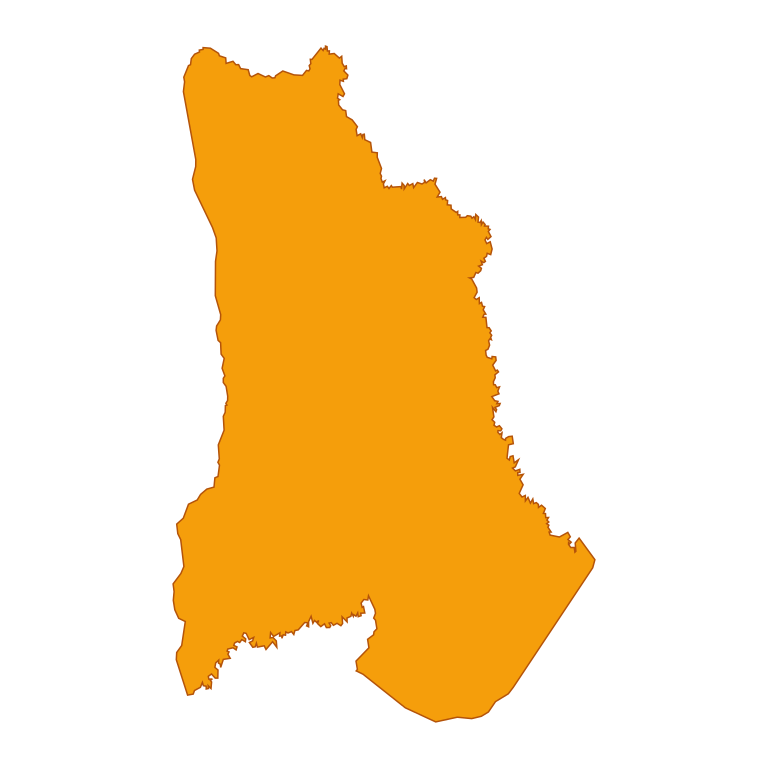 the district of Prathai, Nakhon Ratchasima, Thailand
{"feature_id": "78962969B10005729924667", "entity_name": "Prathai", "entity_type": "district", "adm_level": 2, "iso_a3": "THA", "parent_name": "Thailand", "parent_adm1": "Nakhon Ratchasima", "projection": "equal_earth", "projection_center": [102.699, 15.58], "detail": "fine", "context": "isolated", "style": "filled", "palette": "amber", "viewbox_px": 768, "rotation_deg": 0, "n_neighbors": 0, "source": "geoboundaries", "source_scale": "gbopen_adm2", "svg_char_len": 6064}
<svg xmlns="http://www.w3.org/2000/svg" viewBox="0 0 768 768"><path d="M485.4,261.4L483.9,258.2L486.5,256.4L487.2,253.3L490.7,254.6L492.1,249.0L490.2,241.8L486.7,243.6L485.0,239.9L486.4,237.4L487.8,239.4L491.0,236.6L488.3,231.5L490.0,229.4L488.2,228.8L488.5,226.2L484.5,226.0L485.1,224.5L483.0,222.0L481.4,224.7L481.2,220.6L480.0,222.5L478.0,222.1L478.5,217.1L475.8,214.5L475.4,219.6L473.9,216.7L472.0,218.2L470.8,216.2L467.3,215.7L465.7,217.3L459.8,217.5L459.9,214.9L457.7,214.8L457.7,211.4L456.2,212.4L451.2,208.9L451.0,205.2L447.3,204.8L447.6,200.5L445.6,199.8L445.4,197.6L442.5,199.3L441.4,196.6L437.2,197.0L440.0,192.2L435.0,184.2L436.6,178.4L434.5,178.2L433.3,181.1L430.3,179.7L426.1,182.9L424.1,179.6L424.7,182.3L422.0,184.0L417.4,182.5L413.6,187.6L412.8,183.6L409.3,185.5L407.7,183.5L404.2,188.9L404.2,185.5L402.1,183.1L401.5,189.1L400.9,186.6L392.3,187.2L391.3,185.6L389.0,188.5L387.3,186.3L384.2,187.8L383.4,183.9L385.0,180.8L382.3,182.1L381.0,178.5L381.5,176.2L380.2,173.5L381.5,168.5L377.2,157.2L377.3,152.8L371.9,152.1L370.6,142.5L364.8,139.7L364.3,134.2L362.9,134.5L362.3,137.6L360.7,133.8L357.1,135.7L356.1,129.4L357.4,126.7L352.2,119.9L346.5,116.6L345.7,110.6L342.5,109.8L338.7,105.0L338.4,100.3L339.7,99.7L337.5,98.2L338.2,93.8L343.0,96.5L344.5,93.8L339.8,84.6L340.0,80.2L343.4,81.3L343.2,79.2L346.8,78.7L347.9,75.1L343.8,70.9L345.2,68.3L346.5,68.7L346.3,65.9L344.2,66.6L342.2,63.2L341.7,56.3L339.4,58.1L334.2,53.5L329.2,54.1L329.4,50.9L327.4,51.0L327.0,46.6L325.5,46.1L325.5,49.1L324.1,48.3L323.1,50.5L321.0,48.1L312.0,59.4L310.3,59.3L310.8,63.7L309.2,65.6L310.0,68.8L308.8,70.9L306.5,70.4L302.5,75.4L294.0,74.9L282.8,71.0L275.6,75.8L274.9,77.8L272.2,78.0L268.8,75.6L265.4,77.0L258.0,73.5L251.7,76.8L249.8,75.5L248.2,69.7L240.6,68.6L238.6,64.6L235.8,64.7L233.0,61.3L226.1,63.4L225.7,57.9L219.4,55.8L218.5,53.3L210.4,48.2L203.1,47.6L203.1,49.4L199.3,50.1L199.5,52.0L194.6,54.2L191.3,58.6L190.5,64.7L188.5,65.6L183.8,77.2L184.6,81.8L183.4,91.6L195.8,159.6L195.7,166.6L192.5,179.3L194.6,190.2L212.5,227.5L216.2,237.9L217.0,250.9L215.5,261.4L215.3,295.7L220.7,314.6L220.4,319.9L216.6,326.0L216.1,330.4L218.1,340.4L220.6,342.7L221.1,354.1L224.2,358.4L222.1,368.3L224.9,375.9L223.3,378.3L223.3,382.5L226.1,386.4L227.7,396.2L227.6,400.5L225.9,403.3L226.9,405.1L225.4,405.6L225.2,412.3L223.3,416.3L224.1,430.2L218.3,444.9L219.3,458.9L217.9,462.3L219.5,465.1L218.0,476.5L214.9,477.8L214.0,487.1L206.8,489.1L200.6,494.4L197.2,500.0L188.5,504.2L183.3,518.2L176.7,524.1L177.8,533.7L180.7,539.6L183.9,566.5L180.9,573.5L173.1,583.9L174.1,591.6L173.3,600.3L174.8,609.8L178.7,618.3L185.3,621.5L181.7,645.5L176.7,652.5L176.3,659.7L187.6,695.1L193.2,694.1L194.5,690.5L200.4,687.3L202.4,682.4L203.4,685.7L206.2,686.2L206.2,689.0L208.5,688.5L208.2,685.6L211.0,688.5L211.6,682.0L210.3,680.2L212.4,679.0L208.8,679.1L208.3,676.3L211.5,674.0L215.2,678.1L217.8,678.1L218.0,670.0L214.9,667.4L215.7,662.9L218.7,660.1L218.5,663.1L220.3,664.2L220.7,667.4L223.3,659.4L230.2,658.3L227.9,654.2L229.0,651.9L227.1,651.1L227.8,649.0L233.1,647.8L236.1,649.9L237.0,646.9L233.8,645.4L234.6,643.0L237.5,641.4L239.7,642.5L241.8,639.6L245.4,641.7L245.7,638.9L242.3,636.1L243.8,632.8L246.2,633.4L249.2,639.6L253.7,637.4L252.6,640.9L249.4,642.5L252.8,647.3L255.2,646.8L256.4,643.2L257.4,647.1L264.2,645.8L266.0,649.5L272.6,641.7L276.8,647.3L276.3,640.9L273.0,637.5L270.1,637.9L270.6,632.5L273.7,636.4L279.9,632.8L279.6,636.1L281.9,635.9L281.9,638.3L283.2,634.8L285.5,635.2L285.8,631.9L288.0,633.0L291.5,631.6L293.8,634.5L294.9,630.5L298.2,629.9L304.7,622.5L308.0,622.8L306.6,625.9L308.6,626.8L308.6,621.6L311.1,616.3L312.9,623.3L314.5,620.5L316.6,622.3L318.7,620.5L317.5,623.5L320.8,626.6L324.5,623.8L326.4,627.6L329.7,627.5L330.7,625.8L329.1,623.1L331.2,622.6L333.4,625.3L337.0,623.3L340.9,625.7L342.6,623.5L342.1,616.8L347.1,621.9L347.0,618.0L350.9,616.3L351.7,613.1L353.3,616.3L353.7,614.7L356.0,616.2L357.7,612.9L358.2,616.7L361.1,615.7L360.7,613.2L364.8,613.0L363.5,606.6L362.2,607.4L361.1,603.1L363.8,599.5L367.8,600.0L368.5,595.8L374.8,609.2L375.5,613.3L373.7,618.1L375.5,620.2L376.9,628.8L374.0,631.8L373.6,634.8L367.6,639.3L368.9,647.8L356.0,661.1L357.4,669.4L356.2,670.9L363.0,674.2L405.3,707.8L435.7,721.9L457.3,717.2L471.7,718.6L481.3,716.3L488.4,712.0L495.5,701.6L508.3,693.8L513.2,687.4L592.7,567.8L594.9,559.7L579.1,538.1L575.2,543.0L575.9,551.3L574.9,552.2L574.2,547.5L570.7,547.5L568.5,544.3L568.6,542.6L569.8,543.7L571.2,542.2L567.9,539.5L570.3,536.8L567.8,532.4L559.4,537.0L550.1,535.1L549.1,532.1L551.1,532.0L547.9,527.2L548.9,525.2L546.6,523.7L548.8,522.0L546.9,520.1L548.5,517.5L545.7,517.6L545.5,513.6L543.4,513.4L545.3,508.5L541.5,505.2L538.5,507.4L538.4,504.4L536.3,502.6L533.6,503.6L532.8,499.0L530.4,503.1L528.0,497.4L525.4,500.9L525.3,495.5L522.0,497.0L519.2,493.4L523.1,484.8L519.9,479.2L523.2,474.3L517.8,475.4L517.7,472.5L520.0,472.4L519.8,469.3L515.4,470.9L512.5,468.1L515.3,466.9L518.5,459.7L514.2,462.8L513.0,455.8L510.2,456.6L509.3,460.0L507.0,458.2L508.5,444.8L513.3,443.7L512.2,436.2L508.6,436.6L505.6,438.4L505.5,440.2L503.4,439.3L501.3,437.6L502.0,432.8L499.9,434.5L497.8,432.3L498.0,430.6L500.8,430.8L501.9,428.8L499.4,425.7L496.6,427.0L494.0,425.3L494.7,422.3L492.0,419.7L493.9,416.9L492.5,407.4L495.9,411.7L496.6,409.6L495.0,407.4L499.3,405.6L500.1,403.5L496.8,403.7L498.0,401.4L494.7,400.7L491.8,396.6L499.0,393.8L497.8,391.1L499.5,386.9L496.7,387.6L495.3,384.8L493.6,384.7L493.4,381.7L495.2,377.8L494.9,374.8L498.5,371.9L497.3,370.1L495.6,370.9L492.7,365.1L496.1,360.4L495.7,356.9L492.1,356.5L491.8,358.8L487.2,357.3L486.1,355.0L485.6,350.5L488.0,349.2L489.6,345.1L488.6,340.8L489.7,339.0L491.4,339.7L490.6,337.4L491.7,335.3L489.8,332.8L491.2,330.9L489.1,327.7L487.0,327.6L485.9,317.4L482.8,317.2L484.0,314.3L485.8,314.1L483.2,309.8L484.6,306.6L482.5,306.2L481.5,302.4L479.4,303.6L479.2,297.7L476.3,299.5L474.1,297.7L477.1,292.2L476.6,288.0L471.7,279.0L469.5,277.9L473.7,277.4L475.9,272.5L478.0,273.2L480.7,270.7L481.4,268.3L478.6,266.1L482.4,264.7L481.1,261.0L483.8,262.6L485.4,261.4Z" fill="#f59e0b" stroke="#b45309" stroke-width="1.5"/></svg>